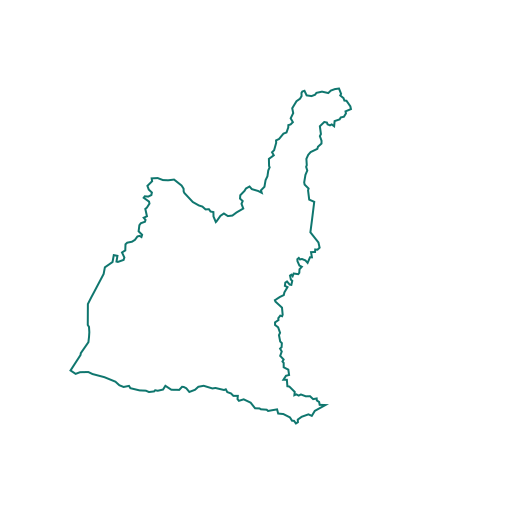 the district of Ciales, Puerto Rico, rotated 207°
{"feature_id": "32010507B34283188720428", "entity_name": "Ciales", "entity_type": "district", "adm_level": 2, "iso_a3": "PRI", "parent_name": "Puerto Rico", "parent_adm1": "", "projection": "mercator", "projection_center": [-66.527, 18.264], "detail": "fine", "context": "isolated", "style": "outline", "palette": "teal", "viewbox_px": 512, "rotation_deg": 207, "n_neighbors": 0, "source": "geoboundaries", "source_scale": "gbopen_adm2", "svg_char_len": 3780}
<svg xmlns="http://www.w3.org/2000/svg" viewBox="0 0 512 512"><g transform="rotate(207 256 256)"><path d="M133.3,144.7L126.5,154.7L131.7,152.3L133.5,154.6L136.2,154.9L137.3,156.6L140.1,154.4L144.2,155.6L147.9,153.6L153.1,153.0L154.6,151.0L157.3,151.0L158.6,149.4L159.8,152.5L167.0,154.8L168.9,154.2L172.3,159.7L175.4,158.2L174.9,162.9L172.5,165.0L175.6,169.4L180.8,169.4L182.8,173.3L184.5,174.0L184.4,176.3L189.1,178.0L189.7,182.6L192.5,184.4L191.8,186.4L193.4,190.1L195.6,190.8L199.6,195.9L199.7,198.5L203.9,202.5L207.7,203.2L208.9,205.5L206.9,209.1L207.9,210.7L207.3,213.9L205.4,214.2L205.6,215.8L209.4,221.8L218.0,224.2L219.1,225.2L216.1,230.4L213.5,233.8L214.2,236.5L213.8,242.6L216.7,242.5L217.8,245.6L216.8,247.4L213.0,245.8L211.4,246.3L212.4,250.3L214.2,250.8L216.8,254.0L216.0,255.4L214.2,254.6L214.5,257.5L210.1,259.0L209.8,260.7L211.2,263.9L210.3,267.2L213.0,267.2L216.7,270.2L217.7,271.9L217.0,273.7L215.2,272.9L213.7,274.2L210.0,274.5L206.9,273.3L207.3,279.4L205.6,280.2L208.7,284.4L205.2,286.4L206.2,288.7L204.1,289.5L203.1,292.3L206.5,296.4L218.3,301.8L222.5,313.6L228.7,330.7L234.2,330.4L239.4,338.1L239.8,340.0L245.1,341.7L246.5,343.5L248.8,350.8L249.1,355.4L251.8,358.2L252.0,360.0L255.2,365.4L255.4,369.9L254.5,373.4L250.0,379.3L250.4,381.5L248.7,385.9L249.9,388.4L253.5,391.8L253.5,394.1L258.0,400.6L256.0,406.4L253.4,407.1L252.0,405.8L249.4,406.0L248.3,407.6L245.3,407.1L247.2,411.9L243.5,415.7L243.4,417.9L240.9,420.0L240.6,423.9L241.9,425.5L238.1,430.0L239.9,432.2L245.9,435.4L247.8,434.6L249.7,436.4L253.8,437.3L253.8,439.1L258.1,442.9L261.5,440.5L264.4,437.4L265.6,434.0L271.8,432.4L276.2,428.8L276.6,426.5L279.1,423.7L283.8,422.1L287.8,425.2L289.4,423.6L289.5,421.9L288.0,419.2L288.2,416.1L290.2,412.3L290.8,404.1L287.7,400.2L287.6,394.4L283.9,392.0L284.9,388.9L286.6,387.3L285.6,385.2L284.9,379.9L287.1,377.5L288.6,370.7L290.6,368.1L289.4,366.0L287.9,358.5L288.8,355.7L285.9,353.8L288.6,348.4L285.2,342.1L284.1,341.2L283.9,337.8L282.0,332.2L281.9,327.9L279.9,321.5L281.4,316.8L279.6,314.9L283.6,314.9L290.1,313.7L293.3,315.0L295.6,311.6L295.8,308.8L297.6,303.0L296.3,299.9L292.8,298.9L292.6,295.9L288.9,292.5L293.1,286.0L295.4,281.3L299.2,278.8L303.9,279.3L305.9,275.7L306.9,269.0L307.2,268.0L311.8,271.9L313.9,275.8L316.7,275.0L319.2,276.3L322.1,274.6L326.2,275.7L329.8,275.1L336.8,275.4L348.4,279.6L349.7,280.6L351.1,283.1L354.3,285.0L363.7,286.9L368.6,283.6L373.4,281.4L379.0,280.8L384.2,277.8L383.6,276.9L382.5,275.5L384.6,269.2L381.7,266.5L377.6,265.3L376.9,262.8L379.0,260.0L382.2,258.7L382.5,256.9L376.0,255.9L374.7,254.3L375.2,249.5L376.0,247.7L371.2,241.9L373.4,239.1L370.8,238.0L370.5,236.1L373.5,232.9L373.9,230.5L371.8,224.7L367.1,223.2L366.7,220.9L368.8,221.1L370.5,219.6L371.2,215.4L373.0,212.4L376.8,209.4L377.6,207.2L375.0,201.6L375.9,200.2L377.0,198.3L372.6,194.9L372.2,192.4L376.4,188.0L377.8,187.7L379.5,193.2L383.1,192.2L381.1,185.5L385.5,177.3L384.8,174.9L383.6,170.8L383.9,149.3L384.0,144.8L384.0,136.9L374.6,118.2L372.6,117.0L369.9,112.4L368.0,108.0L366.2,103.1L368.0,89.9L367.4,88.1L369.3,69.8L363.2,69.1L360.0,72.6L352.7,76.5L348.1,76.6L336.1,79.2L324.2,80.2L319.1,78.8L314.5,79.2L310.2,82.6L307.9,81.2L298.7,83.4L293.0,86.0L289.6,86.2L285.3,89.1L284.9,90.6L282.4,91.3L278.2,94.8L277.8,99.2L270.7,98.4L263.6,101.9L262.5,105.9L260.9,106.5L258.1,106.5L253.7,104.6L249.6,109.1L248.0,113.3L243.7,116.6L234.7,118.2L232.2,120.0L223.6,122.1L222.4,123.5L219.8,121.7L215.9,122.2L212.6,121.1L208.7,123.1L207.5,120.1L205.5,119.2L201.9,122.7L194.2,122.9L187.7,119.9L183.6,121.8L182.1,121.6L176.7,123.9L174.9,123.4L171.9,125.7L167.6,128.9L164.7,125.7L159.9,127.6L152.5,127.6L149.1,125.6L147.3,126.4L144.4,124.9L143.2,126.9L144.5,129.2L142.3,133.5L137.4,138.7L133.7,138.9L133.3,144.7Z" fill="none" stroke="#0f766e" stroke-width="2"/></g></svg>